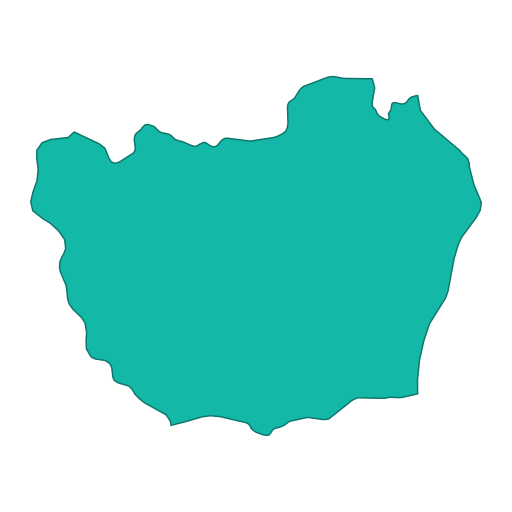 the Province of Phetchaburi
{"feature_id": "THA-419", "entity_name": "Phetchaburi", "entity_type": "Province", "adm_level": 1, "iso_a3": "THA", "parent_name": "Thailand", "parent_adm1": "", "projection": "mercator", "projection_center": [99.57, 12.939], "detail": "fine", "context": "isolated", "style": "filled", "palette": "teal", "viewbox_px": 512, "rotation_deg": 0, "n_neighbors": 0, "source": "natural_earth", "source_scale": "10m", "svg_char_len": 2853}
<svg xmlns="http://www.w3.org/2000/svg" viewBox="0 0 512 512"><path d="M171.0,425.3L170.4,421.2L166.2,414.9L144.3,402.7L139.4,398.7L135.0,394.2L132.2,389.4L128.9,386.0L118.5,383.0L114.3,380.5L112.8,376.8L111.8,367.6L109.8,363.5L105.2,360.5L95.1,358.9L91.1,356.9L86.5,349.1L86.1,340.9L86.6,332.2L85.0,322.9L81.6,317.6L72.8,309.1L69.3,304.1L67.8,299.6L66.2,285.6L60.4,271.8L59.5,267.7L59.9,261.8L61.6,257.5L63.9,253.5L65.7,248.4L64.6,239.5L58.5,230.7L50.3,223.3L42.7,218.6L32.9,210.9L30.7,201.8L33.1,191.6L37.0,180.8L38.2,169.4L36.9,159.2L36.8,150.3L42.1,142.7L50.6,139.5L68.2,137.5L74.2,132.0L81.8,135.6L99.1,143.8L104.5,147.9L105.4,149.3L108.9,158.1L111.2,161.7L113.2,162.8L115.0,163.2L116.8,162.9L118.4,162.3L119.9,161.7L132.5,153.6L133.6,152.7L134.4,151.5L135.1,150.1L135.3,148.4L135.2,146.7L134.4,141.3L134.3,139.3L134.4,137.5L134.9,135.8L135.5,134.4L136.4,133.2L139.9,130.5L140.9,129.5L142.0,128.0L143.3,126.5L145.3,124.8L147.0,124.5L148.8,124.7L153.6,126.3L154.8,127.1L157.8,130.3L159.0,131.2L160.2,132.0L161.7,132.7L168.6,134.1L170.0,134.8L172.3,136.6L173.3,137.8L174.4,138.8L175.9,139.8L180.3,141.2L182.2,141.6L191.9,145.7L194.7,146.3L196.7,146.1L199.5,144.3L203.7,142.4L205.5,142.6L207.0,143.5L208.6,144.7L211.0,146.2L213.2,146.7L215.1,146.7L216.5,146.0L217.7,145.1L218.7,143.9L219.5,142.7L220.6,141.4L222.1,140.0L224.6,138.5L226.6,138.1L250.3,141.1L273.7,137.5L276.5,136.7L282.1,134.0L284.5,132.2L285.6,131.1L286.3,129.9L287.0,128.5L287.5,126.9L288.0,123.2L287.5,107.9L287.6,106.0L288.0,104.3L288.7,102.8L289.7,101.7L293.4,99.2L294.5,98.2L299.3,90.5L300.2,89.4L301.2,88.3L303.6,86.4L327.5,77.3L330.9,76.7L334.8,76.7L343.6,78.4L372.3,78.8L374.7,87.9L372.1,102.4L372.2,105.7L373.2,107.6L374.5,108.6L375.6,110.0L377.4,113.8L378.9,115.7L380.8,117.0L385.1,119.3L387.0,119.9L388.4,119.4L389.1,118.3L389.1,116.8L388.8,115.5L388.5,114.1L389.0,112.7L390.7,110.2L391.2,108.7L391.6,105.2L392.2,103.6L393.3,102.7L394.8,102.6L401.5,104.0L403.3,103.9L404.8,103.4L406.1,102.6L407.1,101.5L408.9,99.0L410.2,97.9L411.3,97.1L415.8,95.8L417.7,95.6L420.4,110.4L434.4,129.1L460.1,150.8L461.5,152.9L464.6,155.5L467.8,158.8L469.2,163.4L469.5,167.5L473.9,184.6L481.3,202.3L480.2,210.2L476.3,217.4L461.6,237.3L458.5,243.8L454.1,258.5L448.0,291.2L445.6,297.9L429.5,323.7L423.6,341.5L419.5,360.2L417.5,379.4L417.6,393.8L402.3,397.4L399.2,397.6L389.7,397.3L384.3,398.3L357.6,397.8L353.8,399.4L351.6,400.7L350.0,401.9L349.0,402.8L329.4,418.4L328.0,419.1L325.5,419.5L322.0,419.4L308.7,417.5L306.1,417.7L290.5,421.1L288.6,421.9L286.4,423.7L283.8,425.4L280.7,426.8L274.7,428.6L273.3,429.4L272.3,430.5L270.6,433.0L269.7,434.2L268.6,435.1L266.1,435.3L262.7,434.7L255.9,432.1L253.1,430.3L251.3,428.6L250.0,425.8L249.1,424.6L247.9,423.6L246.6,422.9L244.9,422.4L220.5,416.7L210.5,415.7L202.1,416.8L185.0,421.8L171.0,425.3Z" fill="#14b8a6" stroke="#0f766e" stroke-width="1.5"/></svg>